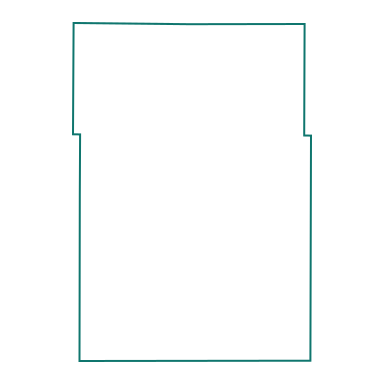 Gray, Kansas, United States of America (Robinson projection)
{"feature_id": "52423323B18889846509117", "entity_name": "Gray", "entity_type": "district", "adm_level": 2, "iso_a3": "USA", "parent_name": "United States of America", "parent_adm1": "Kansas", "projection": "robinson", "projection_center": [-100.458, 37.739], "detail": "fine", "context": "isolated", "style": "outline", "palette": "teal", "viewbox_px": 384, "rotation_deg": 0, "n_neighbors": 0, "source": "geoboundaries", "source_scale": "gbopen_adm2", "svg_char_len": 261}
<svg xmlns="http://www.w3.org/2000/svg" viewBox="0 0 384 384"><path d="M79.5,361.0L310.4,360.7L311.0,135.6L304.2,135.5L304.4,79.7L304.6,24.0L189.0,24.2L73.6,23.0L73.0,134.3L80.1,134.4L79.8,193.5L79.5,361.0Z" fill="none" stroke="#0f766e" stroke-width="2"/></svg>